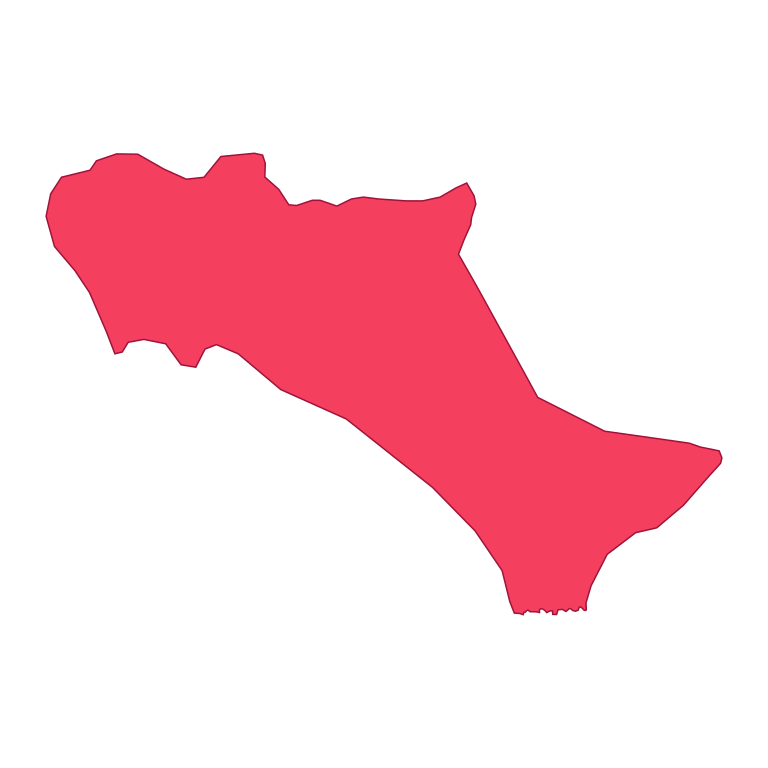 the district of Mvila, Sud, Cameroon
{"feature_id": "32672807B58704883317804", "entity_name": "Mvila", "entity_type": "district", "adm_level": 2, "iso_a3": "CMR", "parent_name": "Cameroon", "parent_adm1": "Sud", "projection": "natural_earth1", "projection_center": [11.499, 2.757], "detail": "fine", "context": "isolated", "style": "filled", "palette": "rose", "viewbox_px": 768, "rotation_deg": 0, "n_neighbors": 0, "source": "geoboundaries", "source_scale": "gbopen_adm2", "svg_char_len": 1549}
<svg xmlns="http://www.w3.org/2000/svg" viewBox="0 0 768 768"><path d="M253.1,153.4L220.9,156.5L204.0,177.3L186.3,179.2L163.9,169.1L145.1,158.4L137.8,154.2L116.6,153.9L96.4,160.8L92.4,166.7L90.0,170.2L79.1,172.9L61.5,177.2L56.3,185.2L50.7,193.8L46.1,216.3L54.5,246.5L75.0,270.7L89.5,292.5L106.4,331.7L114.9,353.8L122.3,352.0L128.2,342.3L143.9,339.4L165.7,343.8L181.1,364.8L195.8,367.2L205.0,349.1L216.4,344.6L238.2,353.8L280.8,389.6L346.3,419.0L432.5,487.4L475.1,530.9L502.1,570.6L509.8,601.6L514.3,613.1L519.8,613.5L523.1,614.7L524.0,612.3L525.4,612.1L526.8,610.5L528.1,610.2L530.2,611.7L536.0,611.8L539.5,612.5L539.5,609.9L540.5,608.8L542.4,608.9L544.7,610.3L546.7,612.6L550.0,610.9L552.5,610.9L552.7,614.4L553.7,614.4L556.6,614.5L558.0,609.8L562.4,609.4L566.0,611.5L569.3,608.6L570.7,608.7L572.9,610.6L575.6,611.2L578.2,610.2L579.3,607.0L581.2,607.2L584.2,610.3L585.8,610.4L586.2,609.7L586.3,609.6L586.0,602.8L591.1,585.7L607.2,554.3L635.6,532.7L656.8,527.8L674.6,512.7L683.4,505.3L708.8,476.3L711.0,473.9L720.6,463.3L721.9,457.9L719.2,450.9L700.2,447.0L689.3,443.2L604.6,431.2L537.7,397.4L525.4,374.8L477.6,287.8L458.5,254.2L464.2,239.4L470.7,224.8L471.6,217.4L475.8,204.2L474.1,195.9L466.7,183.0L458.0,187.0L455.8,188.0L440.1,197.1L424.0,200.6L422.3,200.9L406.6,200.9L384.3,199.4L378.7,199.0L363.6,197.1L361.4,197.4L351.4,199.0L336.8,206.1L322.8,201.2L320.1,200.3L312.3,200.3L298.3,204.9L296.6,205.5L288.8,204.8L278.7,189.3L264.8,177.0L265.3,163.5L262.6,155.1L254.6,153.3L253.1,153.4Z" fill="#f43f5e" stroke="#9f1239" stroke-width="1.5"/></svg>